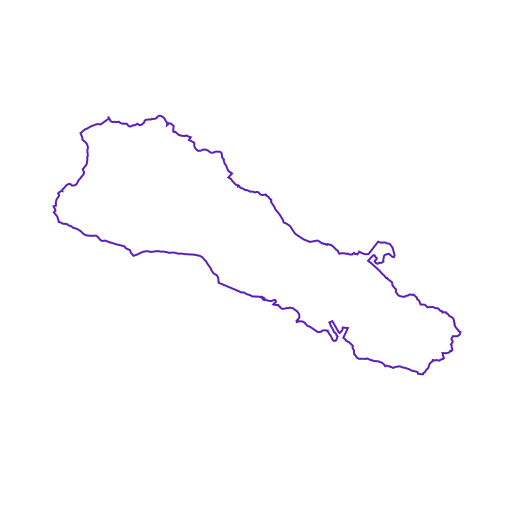 Danes, Mures, Romania (orthographic projection), rotated 126°
{"feature_id": "2599482B49192163126076", "entity_name": "Danes", "entity_type": "district", "adm_level": 2, "iso_a3": "ROU", "parent_name": "Romania", "parent_adm1": "Mures", "projection": "orthographic", "projection_center": [24.701, 46.182], "detail": "fine", "context": "isolated", "style": "outline", "palette": "violet", "viewbox_px": 512, "rotation_deg": 126, "n_neighbors": 0, "source": "geoboundaries", "source_scale": "gbopen_adm2", "svg_char_len": 6076}
<svg xmlns="http://www.w3.org/2000/svg" viewBox="0 0 512 512"><g transform="rotate(126 256 256)"><path d="M334.8,449.0L336.1,446.4L337.2,444.9L339.5,445.2L340.9,440.0L344.4,435.4L343.6,433.7L343.5,431.5L341.3,427.8L341.3,424.9L340.5,423.4L340.6,420.2L339.4,417.2L339.1,415.1L338.9,411.7L339.4,410.2L339.5,408.3L339.2,405.7L336.5,401.1L333.6,397.4L333.5,395.6L334.5,391.3L334.3,389.3L332.2,387.1L331.8,386.1L331.5,384.1L330.9,383.0L330.9,381.8L330.2,381.0L329.1,377.1L325.8,369.0L325.6,367.5L326.3,365.8L325.3,361.4L326.8,359.3L327.9,355.3L325.0,353.2L319.0,349.9L316.1,347.0L314.4,343.3L310.0,338.7L308.1,335.1L307.0,333.8L305.1,330.0L304.7,328.5L301.5,324.5L299.6,319.8L297.9,317.9L296.4,314.8L291.6,307.4L289.1,302.1L288.7,300.3L288.6,298.4L289.4,295.3L289.6,293.3L290.5,291.6L292.8,284.8L293.6,283.9L295.0,280.2L294.6,276.5L295.8,273.8L299.6,270.5L294.5,248.8L294.3,246.9L292.6,244.3L292.3,241.1L291.2,237.8L290.8,235.1L287.0,229.5L286.7,228.3L285.6,227.6L285.4,226.3L285.6,226.0L286.1,227.4L286.5,227.6L286.5,227.3L286.3,226.0L285.7,225.9L285.5,225.4L286.3,225.6L286.8,225.1L287.0,223.9L286.6,223.1L285.8,223.4L285.3,220.6L283.8,217.5L280.6,215.1L280.3,214.5L281.4,212.9L285.0,213.6L284.7,212.4L282.5,209.1L283.1,208.4L283.0,206.6L283.5,205.9L283.3,203.5L280.7,200.9L280.1,200.6L279.0,199.0L278.1,198.6L276.5,195.3L276.7,192.7L276.5,190.4L277.7,186.9L280.3,184.7L284.9,185.0L285.5,184.1L283.3,182.7L282.7,181.4L282.0,180.6L281.4,179.0L281.5,178.2L281.3,177.0L281.8,176.2L282.3,173.4L281.5,170.6L281.2,161.1L279.0,158.8L277.3,158.5L275.3,156.2L274.3,154.2L275.0,153.9L275.1,152.5L275.9,151.3L276.7,148.5L279.0,144.3L278.9,143.1L278.0,142.0L276.9,141.6L273.0,142.8L272.8,144.3L271.8,145.5L271.5,148.6L270.5,149.8L268.1,155.4L267.2,156.2L266.6,157.6L263.8,156.0L269.0,144.4L269.2,143.1L266.0,142.6L264.7,142.8L262.9,143.8L260.3,139.3L270.8,137.3L271.2,133.7L271.6,133.4L271.1,129.3L271.8,124.7L273.4,124.1L274.9,121.2L277.7,118.9L277.8,117.4L278.8,115.2L278.9,113.7L278.7,112.3L275.7,108.3L274.8,106.6L273.6,106.0L272.6,101.3L272.0,100.8L271.8,99.1L269.3,95.1L268.3,91.3L268.4,89.2L269.2,86.7L268.3,86.4L267.6,85.3L267.7,84.6L266.8,83.2L266.8,82.6L266.5,82.4L266.6,81.9L266.3,81.5L266.0,79.3L263.9,78.1L260.7,74.8L260.0,71.8L259.2,70.5L257.5,65.3L257.4,63.1L255.3,58.4L255.0,56.7L256.0,55.8L254.8,53.2L253.4,51.3L252.3,51.8L250.6,51.0L248.3,51.4L245.5,50.8L241.1,52.2L237.3,51.4L236.3,51.9L235.9,51.5L235.9,50.4L234.0,48.8L233.1,46.4L229.8,44.8L229.5,44.2L228.2,43.9L226.5,46.4L225.3,47.3L224.9,48.0L222.8,44.9L220.7,43.2L220.3,42.9L218.5,43.2L218.0,42.1L216.9,41.8L215.7,42.8L214.6,44.3L213.3,45.2L213.0,46.3L209.8,46.4L208.9,47.5L208.8,48.5L208.1,49.2L205.1,49.6L202.7,46.0L199.9,45.0L197.4,45.9L197.5,48.2L197.1,48.8L196.7,51.1L195.8,53.7L195.2,54.3L194.7,55.4L193.7,55.7L192.5,57.6L191.7,57.9L190.5,60.0L190.5,62.1L190.9,64.7L190.2,65.9L190.4,68.2L189.8,68.8L191.1,71.2L192.1,71.9L191.3,73.4L192.0,74.6L191.8,76.0L191.4,77.0L191.6,78.4L192.7,80.2L193.3,83.1L194.4,84.1L194.9,85.3L196.7,87.0L196.2,90.8L198.5,94.4L196.2,97.8L196.2,100.3L195.1,101.4L194.7,106.1L195.6,106.6L196.6,108.9L198.7,109.9L200.2,111.3L201.2,111.5L202.4,112.8L203.9,116.1L204.1,118.1L202.8,121.8L200.7,123.1L200.5,124.8L199.6,128.2L197.3,130.5L197.2,135.2L196.7,136.9L196.9,137.5L197.3,137.6L196.2,142.1L196.4,142.7L195.3,147.7L194.2,157.5L194.0,162.5L187.5,161.8L186.3,161.4L185.7,160.5L186.5,159.2L186.7,157.1L187.8,156.5L189.8,157.0L190.6,156.7L191.2,155.0L190.8,153.0L189.0,152.4L188.0,150.6L185.7,149.6L184.5,150.7L180.7,152.4L179.5,152.4L176.7,150.5L176.0,149.6L176.5,145.6L176.1,144.0L175.6,143.7L173.9,144.3L168.9,150.5L167.6,154.9L168.6,157.0L169.2,159.7L171.8,162.7L172.6,165.6L188.3,166.1L190.4,168.7L191.4,171.9L191.8,175.0L195.1,174.9L195.2,175.9L196.2,176.9L195.8,178.6L198.3,179.1L199.9,181.5L200.0,183.2L201.2,184.1L201.5,185.3L202.9,187.7L205.2,190.1L203.6,193.1L203.8,194.6L202.9,199.4L203.0,202.3L203.5,202.5L204.1,204.9L205.0,204.8L205.6,205.8L205.4,206.1L205.6,207.4L206.4,208.1L206.4,209.5L207.0,210.1L207.0,213.3L207.4,215.4L212.9,220.6L214.6,227.4L215.0,236.0L214.7,238.4L212.3,244.5L211.7,246.8L212.0,251.2L212.5,252.3L212.5,253.6L211.1,255.3L209.1,259.9L207.8,263.7L207.1,267.3L205.6,269.8L203.3,275.8L201.9,276.3L201.6,276.7L201.5,279.1L200.8,280.6L201.1,283.0L200.4,283.7L200.5,284.2L203.2,286.9L203.6,289.3L203.1,291.6L203.2,292.2L203.9,293.3L205.1,294.0L205.8,296.5L207.3,298.4L207.8,301.6L209.1,303.6L209.0,305.4L209.9,308.6L209.8,309.8L209.1,310.8L209.3,311.3L210.2,311.6L209.4,312.2L209.9,313.0L210.1,314.8L209.2,319.3L208.4,321.6L208.7,324.5L203.3,323.9L203.5,327.9L203.0,329.3L200.2,333.7L199.7,335.8L198.8,336.6L197.5,338.6L196.7,338.8L196.2,341.2L193.3,344.0L192.8,345.1L192.9,346.6L195.1,349.8L197.7,351.5L198.7,352.8L199.0,354.0L198.9,356.6L199.3,358.5L199.8,359.7L201.3,361.6L202.8,362.2L204.9,364.5L204.8,367.4L204.3,369.1L202.8,371.0L201.5,371.8L200.7,372.7L201.5,378.5L198.3,378.6L199.2,381.5L199.4,383.2L200.5,383.8L201.1,384.5L202.4,386.8L203.5,389.7L203.0,394.4L203.7,394.8L203.9,396.3L199.2,399.1L198.9,402.2L199.6,404.3L202.5,404.9L200.3,406.1L200.3,407.1L198.3,411.7L198.5,415.1L199.4,416.8L201.4,417.5L203.5,417.7L205.4,419.5L206.4,421.0L207.6,421.5L208.3,422.7L210.5,425.1L211.8,425.6L214.0,425.0L217.3,425.8L218.7,427.3L218.8,429.8L221.2,430.7L222.4,432.3L223.7,432.7L225.1,433.8L225.6,434.7L225.7,435.7L225.0,438.2L227.5,442.0L228.1,444.0L227.9,445.7L229.8,447.8L230.8,449.6L231.8,450.5L232.1,451.3L232.3,453.0L230.9,455.5L230.7,456.6L231.7,456.0L240.9,459.0L241.8,460.8L243.2,462.5L248.6,466.0L252.8,467.8L254.1,468.8L259.8,470.2L262.2,466.1L264.0,464.7L264.1,461.3L264.6,459.0L266.3,456.5L267.3,455.5L269.6,454.6L273.9,450.9L275.6,450.5L277.2,449.0L281.4,446.9L287.8,447.1L289.1,444.7L289.9,443.9L292.1,443.6L299.9,444.0L302.8,443.4L304.0,443.6L305.0,443.9L306.8,445.7L307.2,446.4L306.9,448.1L307.1,449.1L308.9,450.5L310.8,451.1L313.2,451.1L315.3,451.7L316.5,451.4L317.3,450.7L317.7,451.7L320.9,452.9L321.7,452.8L322.3,451.3L323.3,450.7L327.4,450.6L330.6,449.3L332.7,447.5L334.8,449.0Z" fill="none" stroke="#5b21b6" stroke-width="2"/></g></svg>